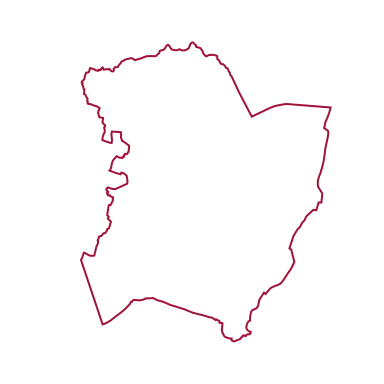 outline of Nong Saeng, Saraburi, Thailand, rotated 11°
{"feature_id": "78962969B44780208263164", "entity_name": "Nong Saeng", "entity_type": "district", "adm_level": 2, "iso_a3": "THA", "parent_name": "Thailand", "parent_adm1": "Saraburi", "projection": "natural_earth1", "projection_center": [100.788, 14.482], "detail": "fine", "context": "isolated", "style": "outline", "palette": "rose", "viewbox_px": 384, "rotation_deg": 11, "n_neighbors": 0, "source": "geoboundaries", "source_scale": "gbopen_adm2", "svg_char_len": 5772}
<svg xmlns="http://www.w3.org/2000/svg" viewBox="0 0 384 384"><g transform="rotate(11 192 192)"><path d="M311.9,82.6L269.3,87.4L266.4,88.0L259.0,90.9L256.4,92.1L254.2,93.5L251.0,95.7L236.3,106.6L219.5,85.6L208.8,70.9L208.1,70.6L207.3,69.8L206.1,67.3L205.0,66.6L203.9,64.5L202.9,63.8L201.7,63.7L200.4,62.0L198.5,60.8L197.9,60.6L196.9,60.9L196.5,60.9L194.5,59.4L194.2,58.4L194.0,58.1L192.6,57.1L191.8,56.9L191.6,56.7L191.2,55.7L191.0,54.3L190.8,53.9L190.5,53.6L187.7,53.3L185.9,53.4L182.1,54.5L180.4,56.0L180.0,56.1L179.7,56.1L178.7,55.3L177.5,54.6L176.5,53.6L176.0,52.9L175.5,51.5L174.3,50.7L173.6,49.8L173.1,49.3L170.3,48.8L168.6,48.9L168.4,48.6L167.7,47.0L166.3,46.5L165.0,45.2L164.2,45.0L163.6,45.2L163.0,45.8L162.2,47.0L161.9,48.3L161.6,51.1L161.4,51.4L160.2,52.7L157.8,54.3L156.9,54.6L154.3,54.9L153.8,54.8L153.0,54.3L152.5,54.3L152.1,54.5L150.5,55.5L149.7,55.9L147.3,56.1L145.4,56.0L144.8,55.8L144.1,55.4L142.7,53.8L141.5,52.6L140.7,52.2L140.2,52.2L139.7,52.5L139.0,53.5L138.7,54.0L138.1,56.2L136.9,57.8L135.8,58.5L134.8,58.8L133.4,59.8L133.3,60.1L133.4,61.5L133.3,62.1L132.3,63.0L131.1,64.8L130.5,65.5L128.3,66.0L125.1,66.5L123.4,67.0L121.4,67.4L120.3,68.2L119.0,68.8L117.4,70.1L112.4,72.6L111.1,73.5L110.7,73.5L109.5,72.7L106.7,72.2L106.0,72.5L104.3,73.4L102.0,74.3L100.5,75.3L99.4,76.5L98.0,77.2L97.3,79.4L96.3,80.8L95.9,81.5L95.5,83.1L95.3,83.4L94.6,83.8L92.9,84.1L92.4,84.4L91.7,86.0L91.7,86.5L91.9,87.2L92.0,87.7L91.9,88.3L91.5,88.7L90.8,88.9L89.5,88.6L88.6,88.1L87.6,87.0L87.3,86.9L86.2,87.7L84.4,87.7L82.9,88.5L82.0,88.7L81.7,88.6L81.5,88.4L81.1,87.3L80.4,86.8L79.7,87.5L79.5,88.3L79.3,88.5L79.0,89.7L78.5,89.9L77.3,89.7L77.1,90.6L76.6,91.0L76.3,91.1L75.4,90.7L74.2,90.9L72.5,90.1L71.4,90.2L71.0,90.0L68.4,89.8L68.3,90.7L68.0,91.6L68.1,93.5L67.3,94.4L66.0,94.9L65.3,95.1L65.1,97.0L64.8,97.9L64.8,99.7L64.6,101.0L64.8,101.5L64.7,101.9L63.4,104.0L62.8,104.6L62.8,105.6L63.9,106.3L63.6,107.0L63.7,107.4L65.0,109.3L66.0,111.4L66.8,111.7L67.2,116.3L67.6,116.5L68.8,116.8L69.6,118.1L70.7,119.5L71.7,120.3L71.7,122.7L71.9,122.9L72.5,123.2L72.6,125.0L73.3,125.3L76.1,125.1L79.1,125.9L81.6,125.9L85.3,127.2L85.3,127.7L84.6,131.5L84.6,131.9L86.7,136.3L86.9,136.4L88.1,136.2L90.6,136.3L90.8,139.2L90.7,140.3L91.8,141.8L94.0,143.1L94.2,144.4L93.7,144.7L93.5,145.6L93.7,146.2L94.3,147.1L94.9,150.2L94.8,150.6L94.3,151.6L93.8,155.2L94.0,157.4L94.2,158.2L99.7,159.1L102.1,159.3L103.7,159.2L103.7,156.6L102.8,153.8L102.5,152.4L101.8,150.9L101.9,147.9L102.8,147.9L109.6,146.9L110.9,146.9L110.9,148.2L111.5,149.3L111.7,149.8L111.6,150.6L111.8,152.1L112.8,153.5L113.4,154.9L118.3,156.9L119.0,157.4L121.4,158.5L121.5,158.7L122.1,164.8L121.4,165.4L121.3,166.7L121.1,166.9L120.1,167.5L119.2,167.2L118.7,167.5L118.4,169.0L118.6,169.2L118.4,170.3L117.6,170.3L117.3,171.9L116.8,172.1L115.7,171.8L114.3,172.2L111.2,171.2L108.8,175.3L108.4,176.3L108.1,177.7L107.9,180.2L108.0,183.5L107.7,184.7L107.6,185.1L107.5,185.8L106.9,186.7L112.8,187.7L118.4,188.3L118.6,188.2L119.0,186.4L120.2,186.4L122.4,187.1L123.2,187.5L124.8,188.6L126.6,193.6L126.8,196.1L126.7,196.3L116.1,203.8L113.8,204.1L111.4,204.0L108.6,203.5L107.7,204.9L107.6,205.6L107.4,206.0L108.1,206.6L108.7,207.5L109.6,207.6L109.7,208.6L108.7,209.4L110.1,211.2L110.3,211.3L110.8,211.0L111.9,210.9L112.0,211.4L112.6,211.6L113.1,211.8L115.6,212.4L115.6,214.1L115.9,215.7L115.6,216.9L114.6,220.0L114.5,220.5L113.0,220.7L112.9,220.8L112.8,222.7L113.1,228.9L113.1,230.7L115.0,232.1L114.4,234.0L118.1,236.7L117.5,243.0L117.2,243.7L116.9,243.9L115.9,244.6L116.0,245.4L115.9,245.9L114.6,248.9L114.4,249.0L112.9,249.5L111.4,252.4L109.2,253.5L109.2,255.4L108.6,257.2L109.0,257.5L109.1,258.3L109.5,260.4L108.7,263.2L108.4,267.3L108.4,269.2L108.2,271.0L108.3,273.0L106.1,273.7L103.8,274.0L97.8,272.1L97.5,272.1L97.3,272.5L96.8,277.4L96.0,279.9L129.5,339.0L131.4,338.0L133.4,336.5L137.0,333.3L140.3,329.3L144.9,324.3L147.9,320.6L149.8,317.9L152.6,313.5L152.9,311.7L153.0,311.5L153.7,311.5L153.9,311.3L154.6,309.7L155.5,309.0L161.0,308.4L162.2,308.1L166.2,306.1L166.3,305.6L166.6,305.4L172.0,304.1L173.7,303.6L174.8,303.7L176.6,304.3L179.3,304.9L183.6,305.2L187.5,305.9L192.8,307.1L197.7,307.5L203.1,308.2L206.7,308.5L209.7,309.2L216.2,310.4L227.4,311.0L233.8,311.7L234.6,311.5L235.4,311.5L239.6,313.2L240.0,312.4L243.5,313.5L243.8,314.9L244.0,315.1L246.9,315.0L247.3,317.2L247.3,318.4L247.6,320.2L247.4,321.2L248.9,324.7L249.6,325.0L250.3,326.4L250.7,326.9L251.9,327.8L253.1,328.2L257.3,328.6L258.8,328.2L259.0,328.5L259.0,329.6L259.1,329.9L259.7,330.2L261.7,330.7L267.0,327.4L267.4,327.0L268.0,325.4L268.8,324.8L269.2,324.3L269.4,323.9L269.3,323.2L270.3,322.8L271.0,322.9L271.7,323.2L272.3,323.2L272.6,322.0L272.8,321.8L273.4,321.4L274.0,320.9L275.3,320.9L275.7,320.7L275.9,320.0L276.4,319.6L276.5,319.2L276.5,318.8L276.2,318.0L274.5,317.9L272.9,317.0L272.0,316.2L271.7,315.8L271.3,315.0L271.1,313.9L271.2,311.2L271.6,309.5L272.1,308.5L272.5,308.0L272.8,307.7L273.5,307.3L273.2,306.0L272.8,301.7L272.9,298.4L273.2,297.4L273.6,296.8L273.9,296.4L277.2,294.0L277.7,293.6L278.7,290.7L278.6,288.7L278.7,285.2L278.9,284.3L281.9,277.0L283.7,278.1L285.7,274.3L287.0,272.1L287.7,271.2L289.9,269.4L294.8,266.3L296.4,265.0L296.9,264.2L298.4,261.4L301.5,253.8L304.0,248.1L304.6,245.9L305.8,241.1L300.5,229.8L300.2,229.5L298.5,228.9L298.4,228.8L300.0,215.9L302.7,208.5L304.4,206.3L306.1,201.0L307.8,198.4L308.2,196.8L308.4,195.6L308.8,194.5L309.3,193.5L314.4,186.5L314.7,186.4L317.5,186.2L318.3,178.1L321.0,177.7L320.3,169.0L320.0,168.4L314.8,162.8L314.4,161.9L313.4,157.4L313.7,152.9L314.5,148.7L315.0,143.1L315.3,138.3L315.3,136.1L315.0,129.4L314.6,124.7L314.8,111.6L314.6,108.4L314.0,106.1L309.5,104.0L309.7,102.0L309.5,100.8L309.5,99.6L309.8,97.0L310.7,93.4L311.6,87.6L311.9,84.7L311.9,82.6Z" fill="none" stroke="#9f1239" stroke-width="2"/></g></svg>